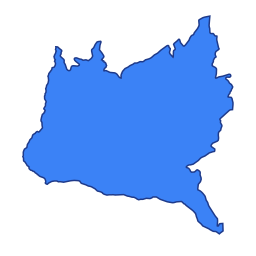 map outline of Équateur (orthographic projection), rotated 268°
{"feature_id": "COD-1461", "entity_name": "Équateur", "entity_type": "Province", "adm_level": 1, "iso_a3": "COD", "parent_name": "Democratic Republic of the Congo", "parent_adm1": "", "projection": "orthographic", "projection_center": [21.263, 1.316], "detail": "fine", "context": "isolated", "style": "filled", "palette": "blue", "viewbox_px": 256, "rotation_deg": 268, "n_neighbors": 0, "source": "natural_earth", "source_scale": "10m", "svg_char_len": 5829}
<svg xmlns="http://www.w3.org/2000/svg" viewBox="0 0 256 256"><g transform="rotate(268 128 128)"><path d="M43.4,189.7L48.6,183.4L50.0,182.2L50.3,181.3L52.1,179.6L52.7,178.8L52.5,173.9L51.8,171.1L51.8,169.7L52.9,164.6L55.6,157.7L57.9,154.3L58.1,153.9L58.2,150.7L57.8,149.8L57.4,149.5L56.7,147.5L57.1,143.9L56.2,140.3L56.3,138.1L55.9,136.2L56.7,134.5L57.3,133.9L58.4,131.9L58.6,131.4L58.7,129.7L59.7,126.6L60.0,125.0L61.6,121.4L61.5,112.9L61.9,110.6L61.8,109.4L61.9,106.7L61.7,104.6L62.7,101.7L63.7,100.3L64.2,100.2L65.2,98.3L66.1,95.2L68.1,93.2L68.3,93.1L70.6,89.3L71.2,87.4L71.4,86.3L72.7,83.9L74.3,79.6L74.7,79.1L76.6,77.9L77.1,76.5L77.5,72.5L77.3,69.0L76.1,61.8L76.7,58.4L76.7,56.5L77.5,55.0L77.6,52.5L77.3,50.2L76.9,49.1L75.6,46.5L74.9,45.8L74.6,45.3L74.8,44.7L75.2,44.0L75.7,43.5L76.3,43.5L76.8,43.9L77.9,43.9L79.7,43.4L80.6,42.7L81.3,41.8L82.7,38.3L83.4,37.4L84.3,36.6L84.6,35.8L85.4,35.4L86.4,33.8L87.8,32.7L88.0,31.6L88.7,31.0L89.3,29.2L90.6,27.9L91.1,27.7L92.8,27.6L94.0,25.9L95.3,25.3L97.7,23.8L98.7,22.6L99.3,22.5L101.7,22.5L103.1,21.9L104.1,22.4L107.5,22.5L108.9,23.0L110.5,23.8L112.0,26.2L115.1,26.9L117.4,28.5L119.7,29.6L121.5,31.6L124.3,32.5L125.3,33.8L125.9,35.1L126.6,35.5L127.5,36.7L127.7,37.2L127.1,38.6L127.4,39.2L130.9,42.4L131.6,42.5L133.9,42.2L136.1,42.2L136.8,42.1L137.9,41.4L139.0,41.3L141.5,41.9L144.6,42.9L145.6,44.4L146.7,44.8L146.9,45.3L147.9,45.5L148.3,45.8L148.9,45.6L149.8,44.7L150.5,44.6L152.9,46.2L153.5,46.3L155.6,46.4L156.2,46.9L157.4,47.1L160.0,45.7L160.5,45.7L162.8,45.7L163.8,46.3L165.1,46.3L166.4,47.2L167.1,47.3L168.7,47.4L170.1,47.1L171.7,47.8L173.6,48.2L174.3,48.9L175.8,49.7L178.5,50.3L181.7,50.1L182.5,49.8L183.7,50.4L185.2,50.8L189.0,53.8L190.9,54.3L191.3,56.1L191.6,56.5L193.3,57.5L195.2,57.8L197.0,57.2L197.3,56.9L198.8,57.7L199.7,57.0L200.9,56.8L201.8,56.5L202.4,56.9L203.3,57.0L203.6,57.4L204.3,57.6L205.2,58.2L206.9,58.6L207.3,59.0L208.9,58.3L210.7,58.8L211.7,58.7L211.6,60.0L211.1,61.0L209.9,62.1L208.5,63.8L207.9,64.4L207.2,64.5L206.0,63.8L204.4,63.7L203.0,62.9L202.4,62.8L201.5,63.4L198.7,66.3L197.6,66.6L195.7,66.4L193.6,67.5L188.8,68.9L187.8,69.9L187.4,70.8L187.4,71.4L187.5,71.8L188.2,72.6L190.9,73.4L191.8,74.1L192.0,74.5L192.1,75.8L191.6,79.7L191.9,80.5L192.5,81.5L193.2,81.6L193.7,81.3L196.4,78.1L197.6,77.1L198.8,76.7L199.4,76.9L199.7,77.2L199.9,78.3L199.8,79.3L198.6,82.1L198.3,83.8L197.3,85.4L197.6,88.4L196.7,90.6L197.3,91.7L198.8,93.7L199.9,94.6L201.2,95.2L206.3,94.3L207.2,94.4L207.7,94.6L209.4,96.5L212.7,98.2L215.0,100.0L215.4,101.2L215.6,103.7L215.4,103.9L214.8,104.0L211.8,102.9L207.2,102.2L204.0,104.5L201.3,106.1L200.3,106.4L199.3,106.0L197.5,104.2L197.1,104.0L196.9,104.7L196.0,105.0L196.0,105.8L195.7,106.2L194.7,106.4L194.6,107.1L194.1,107.3L193.9,107.8L193.2,108.2L192.6,108.2L191.1,108.8L190.3,108.3L189.6,108.2L188.3,106.6L187.0,105.9L186.3,105.9L186.0,106.0L186.0,106.4L186.2,107.5L186.1,108.2L184.2,111.9L183.6,116.4L183.2,117.5L182.1,118.9L179.4,120.7L178.8,121.3L178.1,122.8L178.3,122.9L179.1,122.8L179.7,123.0L180.2,122.8L182.1,123.2L182.9,123.8L183.6,123.9L185.1,124.8L187.5,127.1L188.9,130.2L190.3,132.2L191.6,135.3L192.6,136.7L192.7,137.4L192.6,138.2L192.7,139.6L193.9,142.4L193.7,145.1L194.2,146.1L195.5,147.8L196.3,151.1L197.0,152.9L197.7,154.0L200.1,156.9L201.7,160.1L204.6,163.5L208.7,169.6L209.0,170.3L209.0,171.2L208.7,171.5L207.0,172.0L205.9,173.0L204.8,172.9L202.4,172.1L201.4,172.2L200.3,172.8L197.2,175.5L197.6,175.7L203.1,176.1L203.8,176.4L204.7,177.7L205.1,177.9L205.9,177.9L210.1,176.5L211.0,177.2L213.7,180.6L214.8,181.6L214.9,182.2L214.4,182.7L211.4,183.5L208.1,186.1L207.9,186.9L208.3,187.5L209.0,188.3L213.5,192.0L215.8,193.0L217.6,194.2L218.4,195.2L218.8,196.3L219.3,196.9L220.9,197.6L225.0,201.0L227.3,202.3L228.6,202.7L232.8,202.5L233.5,202.7L233.8,203.1L235.6,206.6L236.1,208.3L237.0,213.7L227.7,212.6L225.7,212.8L225.0,213.1L220.6,213.2L219.9,213.6L219.5,214.3L219.4,216.4L219.1,216.7L218.7,217.1L217.6,217.7L217.1,218.2L216.9,218.7L216.8,220.0L216.1,220.1L214.1,219.8L212.7,219.8L205.0,221.3L203.9,221.8L203.3,221.4L201.5,218.7L200.4,218.0L199.5,217.8L198.1,217.7L196.0,218.5L195.1,217.1L192.8,215.7L191.2,215.6L189.0,214.3L188.0,214.5L187.4,214.3L186.9,214.9L185.3,217.6L184.2,218.4L183.4,218.5L179.2,218.2L175.2,217.2L174.8,217.5L174.9,218.4L175.9,220.6L176.5,224.6L178.2,230.8L178.1,231.7L177.8,232.1L177.1,232.5L176.2,232.5L175.4,231.8L175.2,231.0L175.4,229.0L175.2,228.1L174.8,227.6L173.9,227.4L173.2,227.9L172.4,229.0L171.4,229.9L169.3,231.0L167.8,232.9L165.4,234.1L164.0,233.5L163.2,232.9L161.5,232.3L160.4,231.3L159.1,231.0L157.7,229.7L156.9,229.5L155.8,229.0L155.5,229.1L155.4,229.4L155.0,232.2L154.0,232.9L149.6,233.8L147.5,233.7L142.7,233.1L142.6,231.0L142.1,229.9L134.0,220.3L133.5,220.1L133.1,220.1L132.3,220.8L130.0,220.6L127.5,221.9L126.6,221.9L124.2,220.9L122.7,220.6L120.9,218.7L120.0,218.2L117.6,218.0L114.8,218.2L112.7,217.8L111.8,216.9L109.8,212.0L108.1,210.6L107.4,210.4L106.8,210.5L106.5,210.7L103.9,214.0L102.2,213.9L101.6,213.6L101.3,211.9L100.3,208.4L97.4,204.0L96.2,200.9L95.4,199.5L93.1,197.2L89.6,191.9L89.0,189.3L89.0,188.0L88.6,186.7L88.0,185.8L87.4,185.1L87.0,184.9L86.6,185.0L86.4,185.3L85.9,186.7L85.4,187.4L84.0,188.4L82.3,189.1L81.6,190.1L81.7,192.6L82.2,193.6L83.4,194.9L83.8,195.6L83.6,196.3L82.5,197.8L82.0,198.3L80.8,198.6L78.6,198.4L75.6,199.3L74.0,199.3L71.8,198.5L69.3,196.3L64.9,195.6L63.8,195.7L62.7,197.8L61.6,199.1L60.1,200.5L57.7,202.3L56.6,202.8L53.2,203.6L50.8,205.0L47.8,205.8L46.4,206.5L37.1,212.0L34.2,214.2L32.0,214.3L27.1,213.8L26.9,214.3L27.0,214.9L28.8,215.9L29.2,216.5L29.3,219.4L21.8,219.4L19.9,216.6L19.0,215.6L21.2,212.7L21.5,212.0L21.7,210.0L22.0,209.1L23.6,206.4L24.5,205.2L27.5,199.3L29.5,197.8L32.2,194.9L32.7,194.6L35.0,194.0L36.9,193.3L38.8,192.9L40.5,192.4L41.1,191.6L42.1,191.0L43.4,189.7Z" fill="#3b82f6" stroke="#1e3a8a" stroke-width="1.5"/></g></svg>